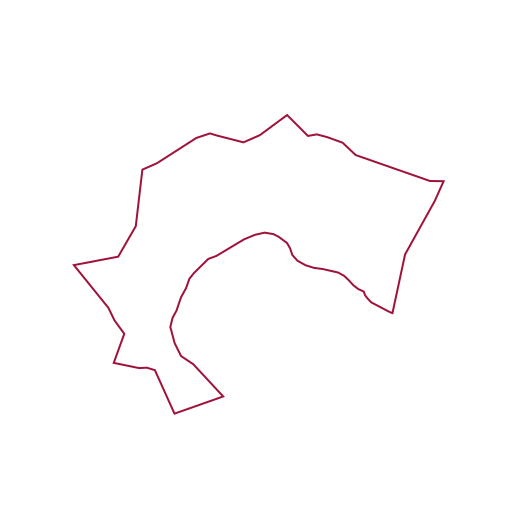 an SVG outline of Videm, rotated 308°
{"feature_id": "SVN-222", "entity_name": "Videm", "entity_type": "Municipality", "adm_level": 1, "iso_a3": "SVN", "parent_name": "Slovenia", "parent_adm1": "", "projection": "natural_earth1", "projection_center": [15.9, 46.335], "detail": "fine", "context": "isolated", "style": "outline", "palette": "rose", "viewbox_px": 512, "rotation_deg": 308, "n_neighbors": 0, "source": "natural_earth", "source_scale": "10m", "svg_char_len": 967}
<svg xmlns="http://www.w3.org/2000/svg" viewBox="0 0 512 512"><g transform="rotate(308 256 256)"><path d="M430.4,357.8L409.3,363.0L349.0,372.5L295.0,398.7L294.7,397.8L294.1,395.6L290.4,375.4L291.0,371.3L292.1,366.4L294.3,362.8L292.9,356.9L292.9,350.5L294.0,344.3L294.6,337.7L293.5,330.8L286.7,316.4L282.3,308.9L279.2,300.6L277.8,291.6L279.2,283.9L283.1,278.0L285.3,272.5L285.1,262.0L283.9,256.1L279.7,248.4L272.0,242.1L261.7,236.3L231.6,224.7L224.3,220.2L204.4,217.6L197.1,217.5L187.5,220.7L177.4,222.3L163.9,227.0L156.0,228.3L147.3,232.2L137.2,245.6L131.0,258.6L132.1,273.2L125.1,316.6L81.6,288.8L103.8,246.6L100.7,238.6L95.7,232.9L84.2,209.7L113.6,200.1L118.1,184.2L124.3,171.5L136.7,118.1L170.6,147.8L205.5,142.9L254.1,113.3L268.1,120.8L312.3,136.3L324.3,144.3L326.6,150.4L337.8,176.1L353.5,184.6L386.2,193.7L382.6,223.0L389.3,229.1L393.5,238.9L398.6,254.5L396.9,272.4L422.2,346.9L430.0,357.2L430.4,357.8Z" fill="none" stroke="#9f1239" stroke-width="2"/></g></svg>